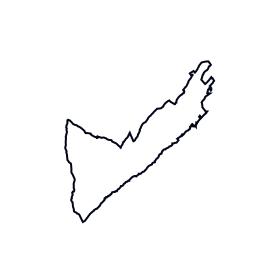 Teolocholco, Tlaxcala, Mexico, rotated 128°
{"feature_id": "50627088B11304069898900", "entity_name": "Teolocholco", "entity_type": "district", "adm_level": 2, "iso_a3": "MEX", "parent_name": "Mexico", "parent_adm1": "Tlaxcala", "projection": "orthographic", "projection_center": [-98.142, 19.211], "detail": "fine", "context": "isolated", "style": "outline", "palette": "ink", "viewbox_px": 256, "rotation_deg": 128, "n_neighbors": 0, "source": "geoboundaries", "source_scale": "gbopen_adm2", "svg_char_len": 5745}
<svg xmlns="http://www.w3.org/2000/svg" viewBox="0 0 256 256"><g transform="rotate(128 128 128)"><path d="M229.9,105.7L227.7,104.8L219.0,105.0L215.6,104.4L214.0,103.9L213.6,104.2L211.2,103.3L211.0,103.0L210.6,102.7L209.8,102.8L208.5,102.4L207.7,102.6L206.4,102.3L204.3,102.9L203.3,102.6L202.8,102.6L201.0,102.3L200.0,102.4L199.6,102.1L198.8,102.4L198.1,103.1L197.7,103.1L197.4,102.5L196.9,102.8L195.9,102.8L195.7,102.5L195.8,102.3L195.7,102.0L195.2,102.0L194.7,101.8L194.1,101.9L193.8,101.4L193.5,101.5L193.4,101.3L192.9,101.3L192.5,101.1L192.3,100.8L192.1,100.7L191.1,100.9L190.5,100.5L190.2,100.7L189.4,100.6L188.7,100.9L188.3,100.9L187.7,100.3L187.1,99.9L186.9,99.4L186.5,99.3L186.5,99.1L186.2,98.8L185.7,98.9L185.4,98.8L185.3,98.5L184.8,98.4L184.5,97.8L182.8,98.3L181.7,97.7L179.4,97.5L178.1,97.8L177.9,97.3L176.8,96.7L176.0,96.8L175.5,96.6L174.7,96.9L174.4,96.9L174.0,96.6L173.1,96.3L172.6,96.5L171.8,96.5L170.6,95.4L169.4,95.4L168.8,94.5L168.2,94.9L166.3,94.8L165.4,94.5L164.9,94.6L163.8,94.4L163.3,94.1L162.9,93.7L162.4,93.7L162.0,93.5L161.2,92.4L161.2,91.9L161.0,91.6L160.4,91.7L159.7,91.4L158.9,91.3L157.4,90.7L157.2,91.1L156.2,89.8L154.2,89.6L153.3,89.2L153.0,88.9L152.0,88.4L151.2,88.6L149.3,88.2L147.9,88.4L145.7,88.4L144.9,88.2L143.8,87.7L142.3,86.8L141.9,86.7L141.2,87.1L140.8,87.1L140.2,87.0L139.5,86.6L138.8,85.9L138.4,85.7L137.7,86.5L136.3,86.4L135.1,86.6L133.3,86.1L131.7,86.2L130.8,86.6L130.3,86.6L129.9,86.9L129.4,86.9L128.4,86.3L128.0,86.1L127.7,85.8L127.4,85.9L127.4,86.1L127.1,86.3L126.6,86.2L125.5,86.7L125.0,86.5L124.6,86.7L124.0,86.7L123.3,86.5L122.6,86.4L121.8,85.3L120.4,85.2L118.5,84.1L117.2,84.1L116.4,83.4L114.9,82.8L114.1,82.7L113.9,83.0L113.0,83.0L112.8,83.4L112.5,83.0L112.0,82.5L111.2,82.2L110.0,81.0L109.5,80.7L106.5,80.7L106.2,81.5L106.2,82.6L104.9,82.3L103.6,81.7L102.5,81.5L101.7,80.9L101.5,81.3L99.7,81.4L99.9,80.4L99.1,80.2L98.3,80.2L97.9,80.3L96.3,80.2L95.9,80.3L95.3,80.3L94.9,80.0L93.9,79.8L92.9,79.1L92.0,79.1L90.9,78.6L90.3,79.1L89.8,79.0L89.0,79.7L88.7,79.4L88.1,79.7L87.5,79.3L87.4,79.1L87.2,79.3L86.8,79.4L86.6,79.9L85.5,79.9L85.3,79.8L85.5,78.8L85.4,78.1L86.6,78.1L86.2,76.8L84.9,76.5L85.1,75.5L84.6,76.0L83.7,76.2L83.2,76.7L81.7,77.5L81.6,76.5L80.6,76.9L80.3,76.7L79.7,76.7L79.3,76.9L77.2,76.8L75.9,76.6L75.4,78.9L74.1,78.9L74.7,76.5L70.3,76.1L68.4,75.6L68.1,76.0L67.7,75.8L66.2,75.8L67.1,77.1L65.9,82.1L65.6,82.2L62.8,85.1L62.5,85.8L60.5,85.9L58.4,85.6L55.7,86.3L50.2,84.6L51.7,87.0L48.6,88.4L46.9,88.5L47.5,85.7L47.1,85.7L46.3,86.0L45.7,86.6L45.7,86.8L45.3,87.0L44.8,88.4L44.6,89.4L40.5,89.0L39.3,89.2L37.8,89.2L36.7,92.1L37.2,92.3L36.7,93.7L40.2,93.6L43.7,93.9L45.9,94.3L44.8,100.0L42.2,100.9L41.3,101.4L40.3,101.6L39.9,101.8L39.6,101.7L39.5,101.8L38.3,102.0L37.7,102.3L35.0,101.9L33.6,101.3L32.1,101.4L30.7,101.7L30.3,102.0L29.7,102.2L28.7,101.6L27.2,101.6L26.1,105.2L26.1,105.9L27.2,106.9L28.0,107.9L30.7,110.1L32.3,110.5L33.2,110.3L34.4,110.4L36.1,110.1L36.9,109.8L38.0,109.8L39.2,109.4L40.1,109.4L41.3,109.3L43.1,109.4L42.7,111.4L46.9,112.9L47.7,110.5L46.4,110.0L46.3,109.9L46.7,109.6L48.0,109.6L49.8,109.2L53.7,109.2L55.0,108.6L57.4,108.1L58.1,107.9L59.6,107.7L61.0,108.0L61.8,107.9L62.3,108.0L63.1,107.8L63.7,108.0L64.1,107.0L64.4,107.2L64.9,105.9L65.2,105.8L65.7,105.5L66.1,105.7L66.5,105.6L66.8,105.9L67.9,106.2L68.6,106.1L69.5,106.7L70.1,106.7L70.8,106.9L72.7,107.1L75.9,106.9L76.5,106.5L77.8,106.1L78.2,105.6L78.5,105.9L78.8,106.0L80.1,105.6L80.4,105.7L80.4,106.0L80.7,106.8L81.1,110.4L81.2,110.7L80.9,112.4L81.4,112.6L82.4,113.2L83.3,113.3L85.1,113.8L86.0,113.9L87.8,113.8L88.6,113.8L89.6,113.4L90.8,113.9L91.9,114.0L93.3,115.2L94.2,116.1L94.6,116.7L95.3,117.0L95.7,116.9L96.4,117.2L97.6,117.2L99.0,117.5L100.9,117.5L102.4,117.8L104.2,117.8L105.5,118.2L107.6,118.3L108.6,118.0L112.4,117.8L114.8,118.8L115.6,118.9L116.5,118.8L117.2,118.8L119.2,118.4L120.2,118.0L122.3,117.7L122.6,117.1L125.5,116.2L126.9,116.2L128.1,115.5L129.0,115.3L131.4,115.4L133.3,115.0L134.1,115.1L135.1,115.6L131.8,121.7L130.6,123.7L131.9,123.5L132.4,123.2L133.1,123.0L133.5,123.2L134.2,122.8L135.0,122.7L136.8,122.7L137.7,123.0L138.2,123.0L139.5,122.8L140.5,122.9L141.2,122.7L141.8,123.0L141.9,122.8L143.0,122.8L144.4,122.2L146.5,122.1L148.1,121.6L148.1,121.9L147.7,122.4L147.8,123.7L147.4,127.8L148.4,132.0L148.3,132.5L147.8,133.2L147.9,134.0L148.3,134.4L149.2,135.9L149.4,136.6L149.7,137.2L149.6,138.7L149.7,139.2L150.0,139.6L150.2,140.7L150.8,141.8L152.0,142.7L152.7,144.9L153.2,145.9L153.4,146.9L153.8,146.8L154.7,146.0L155.1,146.5L154.7,147.3L155.4,148.6L155.7,150.2L156.0,152.6L155.8,153.1L155.9,153.5L155.4,154.0L157.0,156.9L158.1,158.2L157.9,158.5L157.9,159.2L157.4,159.9L157.1,160.8L156.9,163.5L156.9,165.7L157.1,167.3L157.5,168.5L157.4,168.6L157.5,169.4L157.4,169.9L158.3,172.1L158.6,173.5L158.6,174.1L158.2,175.9L158.1,177.1L157.8,178.4L158.3,179.1L158.2,179.6L158.4,180.3L159.2,180.5L161.9,178.5L163.2,178.3L163.7,177.9L164.2,177.9L164.5,177.6L165.5,177.2L166.0,176.0L166.6,175.9L167.7,175.0L168.3,174.1L168.8,173.6L173.5,171.5L174.0,170.7L176.1,169.4L178.6,167.5L179.8,166.4L180.6,166.0L181.5,165.8L182.1,165.4L183.1,164.1L184.2,162.0L185.1,161.7L186.4,159.9L187.2,159.1L187.8,158.7L189.3,157.1L190.4,156.2L190.8,154.6L191.3,153.5L191.2,151.4L191.4,150.8L195.1,147.4L197.6,145.5L198.3,144.4L198.6,143.3L201.1,138.5L202.0,137.9L205.6,136.4L206.8,135.2L208.8,133.8L209.4,132.6L210.3,131.9L211.0,131.6L211.7,131.6L212.0,132.3L213.4,132.1L213.9,131.6L214.3,130.8L214.7,130.4L216.0,130.2L216.6,129.8L217.5,129.6L218.1,128.9L218.6,129.0L219.2,128.6L219.7,128.5L220.6,127.0L220.6,126.0L223.9,122.9L224.8,121.4L226.0,120.0L226.4,119.8L226.9,119.1L227.0,118.4L226.7,117.5L226.5,116.2L226.7,115.3L226.5,115.1L226.4,113.9L226.2,113.2L229.9,105.7Z" fill="none" stroke="#020617" stroke-width="2"/></g></svg>